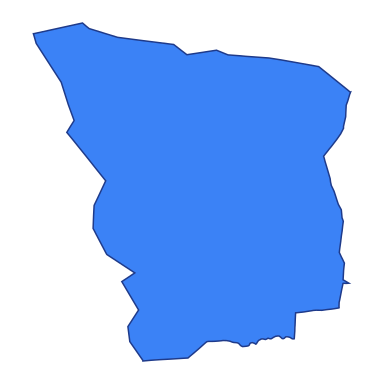 Songinoxairxan, Ulaanbaatar, Mongolia
{"feature_id": "93677404B95437285917288", "entity_name": "Songinoxairxan", "entity_type": "district", "adm_level": 2, "iso_a3": "MNG", "parent_name": "Mongolia", "parent_adm1": "Ulaanbaatar", "projection": "equal_earth", "projection_center": [106.709, 48.059], "detail": "fine", "context": "isolated", "style": "filled", "palette": "blue", "viewbox_px": 384, "rotation_deg": 0, "n_neighbors": 0, "source": "geoboundaries", "source_scale": "gbopen_adm2", "svg_char_len": 3161}
<svg xmlns="http://www.w3.org/2000/svg" viewBox="0 0 384 384"><path d="M142.9,361.0L151.8,360.2L159.2,359.7L172.0,359.0L184.6,358.2L188.0,358.0L189.9,356.3L195.4,351.7L199.2,348.4L204.9,343.3L206.8,341.7L208.4,341.4L211.9,341.4L214.6,341.3L218.8,341.0L221.7,340.7L223.0,340.5L226.6,340.6L229.5,341.1L230.0,341.2L232.2,342.1L233.9,342.5L235.5,342.6L237.3,342.8L238.8,343.5L239.8,344.7L241.1,345.9L242.6,346.6L245.7,346.3L247.2,346.1L248.6,345.7L249.3,345.0L250.0,343.4L250.6,343.0L252.3,342.6L253.5,343.0L254.9,343.5L255.5,344.1L256.3,343.9L257.2,342.4L258.2,340.9L259.1,340.1L260.0,339.8L260.6,339.3L261.9,338.9L263.3,339.0L265.4,339.5L266.7,339.0L267.8,338.3L268.5,338.3L269.7,338.7L270.5,338.8L271.4,338.7L273.4,337.4L275.6,336.3L277.7,336.0L279.0,336.0L280.2,336.8L281.1,337.6L282.2,338.6L283.2,338.7L284.2,338.3L285.7,336.9L286.3,336.8L287.5,336.8L288.2,336.9L290.0,337.4L292.2,338.8L293.4,338.9L294.2,338.8L294.3,338.2L294.6,333.8L294.8,331.1L294.9,326.9L295.0,326.1L295.1,323.7L295.3,318.8L295.5,314.8L295.6,312.8L296.1,312.8L300.6,312.3L301.7,312.2L304.2,311.9L309.2,311.1L311.8,310.7L313.4,310.4L316.2,310.2L321.9,310.3L326.8,309.6L331.5,309.1L334.9,308.6L339.0,307.9L339.1,307.7L339.0,306.1L339.1,303.8L339.1,302.5L339.7,299.9L340.6,295.3L341.6,290.1L342.7,285.0L343.0,283.4L343.3,283.3L346.5,283.4L348.9,283.2L345.7,281.3L343.1,279.8L343.1,279.4L343.4,274.3L343.5,272.5L343.6,270.4L344.1,265.6L344.4,263.1L343.6,261.5L342.4,258.9L341.4,257.0L340.2,254.4L339.3,252.5L339.7,248.9L340.7,241.7L341.4,235.7L342.1,231.1L342.7,225.7L343.2,222.0L343.3,221.3L342.4,218.7L342.1,218.0L342.0,217.3L341.7,213.9L341.4,210.6L341.3,209.8L341.0,209.2L339.9,207.2L338.3,204.3L338.2,203.9L338.0,203.4L336.9,200.1L335.6,196.0L334.3,192.0L333.9,190.9L332.9,188.8L331.5,185.9L331.3,185.5L330.8,183.1L330.6,182.4L330.2,179.1L330.1,178.5L328.9,174.4L328.0,171.3L326.4,165.9L325.1,161.6L324.2,158.1L323.9,157.2L323.6,156.2L324.1,155.6L325.3,154.0L327.0,151.9L328.4,150.1L328.9,149.4L330.6,147.4L331.8,145.9L335.1,141.6L337.0,139.1L340.7,133.8L341.2,132.8L342.3,130.7L343.4,128.5L343.5,128.4L343.5,126.4L344.0,124.1L345.6,117.1L345.7,116.4L345.8,113.0L346.1,107.3L346.2,105.2L346.9,103.3L347.5,101.7L347.9,100.5L348.9,97.1L349.8,94.0L350.1,93.4L350.6,92.0L350.3,92.1L350.2,92.1L347.7,90.0L323.7,70.6L318.7,66.6L293.6,62.1L281.1,59.9L269.0,58.0L252.4,56.8L245.5,56.3L240.2,55.8L228.1,54.9L227.8,54.8L224.6,53.5L217.2,50.5L216.6,50.2L205.4,51.9L202.9,52.3L188.3,54.5L187.1,54.7L186.9,54.7L180.9,50.1L173.7,44.5L141.0,40.4L131.8,39.2L118.1,37.4L117.8,37.4L104.1,33.2L103.5,33.0L89.2,28.6L87.7,27.4L86.7,26.6L82.5,23.0L67.0,26.4L33.7,33.7L33.4,33.7L33.5,34.2L33.6,34.3L36.2,43.4L51.2,66.7L53.2,69.8L61.2,82.2L68.3,104.6L70.6,110.9L74.1,120.5L73.6,121.4L70.5,126.3L66.8,132.4L71.1,137.6L73.3,140.3L74.9,142.3L86.1,156.2L97.2,170.2L105.7,180.8L97.8,197.7L94.4,204.8L94.1,205.6L93.6,215.2L93.1,228.5L94.1,230.3L96.6,235.2L96.7,235.3L98.2,238.2L105.7,252.5L106.7,254.3L106.8,254.4L107.0,254.6L134.8,272.9L134.0,273.5L133.3,273.9L121.8,281.6L138.6,310.0L127.9,326.6L129.8,341.6L142.8,360.3L143.0,360.7L142.9,360.9L142.9,361.0Z" fill="#3b82f6" stroke="#1e3a8a" stroke-width="1.5"/></svg>